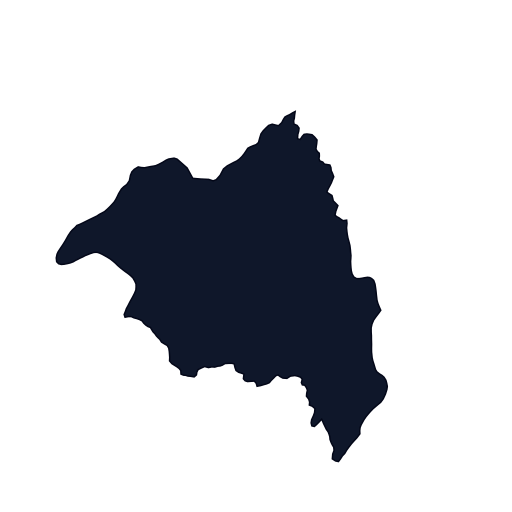 the district of Guapé, Minas Gerais, Brazil, rotated 27°
{"feature_id": "56859067B82067875224037", "entity_name": "Guapé", "entity_type": "district", "adm_level": 2, "iso_a3": "BRA", "parent_name": "Brazil", "parent_adm1": "Minas Gerais", "projection": "equal_earth", "projection_center": [-45.915, -20.744], "detail": "fine", "context": "isolated", "style": "filled", "palette": "ink", "viewbox_px": 512, "rotation_deg": 27, "n_neighbors": 0, "source": "geoboundaries", "source_scale": "gbopen_adm2", "svg_char_len": 4653}
<svg xmlns="http://www.w3.org/2000/svg" viewBox="0 0 512 512"><g transform="rotate(27 256 256)"><path d="M429.3,367.3L427.7,364.5L426.6,361.6L426.3,358.5L426.4,355.6L426.5,352.6L427.0,349.0L427.7,345.9L428.5,342.7L429.6,339.0L431.0,335.6L432.3,332.5L433.5,329.8L434.2,325.5L434.0,320.2L433.2,315.5L432.2,312.6L430.2,310.0L428.1,307.7L425.1,305.9L422.4,305.2L419.5,305.0L416.2,304.3L414.1,303.0L411.9,300.7L409.9,298.6L407.8,296.5L405.7,294.0L404.1,291.5L402.6,289.2L400.9,286.0L399.1,282.3L396.6,277.7L395.0,274.6L393.1,271.4L391.2,267.7L390.2,263.8L389.9,259.6L390.5,255.5L391.3,251.2L391.8,247.7L388.7,245.2L386.1,242.9L383.9,240.5L381.3,236.6L378.6,232.4L376.6,229.5L374.7,226.9L371.9,224.3L369.2,223.6L367.1,223.6L365.1,224.3L362.7,226.0L360.4,227.8L358.1,229.4L355.8,230.5L352.7,230.3L349.8,228.4L347.6,225.9L345.9,223.3L344.4,220.8L342.7,217.8L341.7,215.4L340.4,212.5L338.9,210.2L337.3,207.6L334.9,204.0L332.1,200.8L329.8,198.3L327.5,195.3L326.0,193.1L323.9,189.8L322.3,185.7L320.5,182.9L317.5,185.0L314.8,184.7L312.5,184.3L310.3,184.3L307.9,183.8L306.8,179.9L306.1,173.9L302.9,172.8L299.8,171.8L298.1,169.7L296.2,167.6L292.8,167.3L290.1,166.9L289.8,163.4L289.9,159.3L289.9,156.4L289.6,153.7L289.3,150.1L286.7,147.7L284.2,145.7L282.6,143.2L280.5,141.4L277.3,142.4L275.3,143.1L272.8,142.0L269.7,142.3L268.0,140.8L267.1,138.2L265.7,135.7L263.3,135.1L260.9,133.6L259.9,130.9L259.1,128.4L257.7,124.9L254.2,123.4L250.9,122.5L248.1,123.4L245.9,124.2L243.6,125.8L242.9,128.4L242.5,132.1L239.8,132.7L238.1,128.8L237.4,125.4L236.3,122.5L233.4,121.0L229.9,121.2L228.2,118.5L227.6,115.8L226.4,112.8L225.3,109.5L223.7,111.7L221.8,114.8L220.1,116.9L218.7,119.0L218.4,121.8L218.4,125.5L216.9,129.7L213.7,130.5L210.6,131.2L208.0,133.9L206.8,137.3L205.6,141.1L205.0,144.9L205.8,149.5L206.7,153.7L205.6,156.7L203.6,158.8L201.3,161.5L199.8,163.7L199.4,167.4L199.0,170.5L198.3,173.9L197.2,177.2L195.7,180.1L193.7,182.7L189.5,188.7L187.5,193.2L187.4,200.4L185.9,206.1L183.7,208.5L179.1,209.2L171.6,212.6L164.4,215.5L154.6,208.8L141.7,205.5L138.6,206.0L136.1,207.8L134.1,209.3L132.4,211.4L130.3,214.9L127.6,218.7L125.6,221.1L123.8,222.5L121.7,224.0L119.0,226.1L116.6,228.0L113.5,229.3L110.6,230.1L108.2,234.0L107.2,237.4L107.5,241.1L108.3,243.9L109.0,246.5L108.4,251.0L106.7,254.4L105.7,257.4L105.3,262.8L105.4,265.6L105.4,269.3L105.1,272.4L104.3,275.4L103.5,278.2L102.3,281.7L100.9,285.2L99.1,287.8L97.6,289.9L96.1,292.6L94.2,295.1L92.6,297.2L91.0,299.3L89.0,302.0L86.4,305.5L84.3,308.2L82.6,310.0L81.8,312.9L80.6,316.0L79.9,318.8L79.4,323.0L79.2,328.6L78.8,333.5L78.2,338.3L77.8,342.0L77.9,344.7L78.9,348.4L81.0,351.6L83.7,352.5L86.4,351.9L88.8,350.4L91.5,348.3L93.6,346.5L95.8,344.1L97.1,342.0L98.9,339.6L100.4,337.5L102.1,335.4L103.6,333.2L105.5,331.1L107.3,329.0L110.0,326.3L112.9,324.8L115.3,324.4L118.2,324.3L121.1,324.4L123.9,324.5L127.5,324.8L131.0,325.5L133.9,326.2L137.0,327.2L139.4,327.8L141.5,328.3L144.2,328.8L146.9,329.3L149.2,329.6L151.3,330.0L153.4,330.5L156.3,331.4L159.5,333.5L161.8,335.4L163.2,338.0L164.4,340.8L164.7,344.3L164.7,348.4L164.5,353.8L164.5,358.7L164.4,361.7L164.8,364.7L165.1,368.0L167.1,370.0L169.8,367.9L172.4,366.6L175.3,366.5L178.0,365.9L180.9,365.5L183.9,365.5L186.5,366.8L189.3,367.6L191.8,367.9L194.4,367.6L196.4,368.9L198.7,370.3L201.3,371.2L203.5,372.4L206.0,373.3L208.1,373.9L210.9,375.6L214.5,375.9L217.5,376.0L220.1,377.7L222.0,380.3L223.6,382.9L225.2,385.6L226.6,388.7L230.0,390.1L235.8,390.6L238.6,391.1L241.0,392.2L242.8,395.3L245.4,395.1L247.6,394.2L249.8,393.9L252.0,393.0L255.8,391.8L256.9,389.0L256.0,386.3L256.0,383.5L258.0,380.8L260.4,377.8L264.3,377.0L266.9,374.9L269.7,373.7L272.0,371.5L273.9,370.3L275.5,368.6L277.2,365.9L280.1,364.2L282.9,362.7L285.5,362.0L287.9,364.9L290.2,367.1L293.3,367.5L296.1,367.0L298.9,366.7L300.5,371.1L303.0,372.1L305.5,371.7L308.1,370.1L311.3,368.2L314.1,369.4L316.1,371.6L318.9,369.4L321.5,366.9L323.5,365.1L325.4,362.8L326.0,360.0L327.1,356.7L328.0,353.7L329.6,352.0L332.3,352.5L335.3,352.6L339.1,351.0L341.2,347.4L344.9,344.9L347.8,344.1L350.9,343.8L353.2,344.9L353.9,348.2L355.8,349.8L358.1,349.0L360.6,350.4L362.7,352.2L363.5,355.3L364.6,358.0L368.0,359.6L370.1,361.8L371.2,364.6L374.3,364.3L377.8,365.2L379.3,369.0L379.7,372.2L379.9,376.6L380.9,379.7L382.9,382.0L385.4,381.4L386.4,378.9L387.5,375.5L388.6,371.6L390.5,373.1L392.4,374.7L394.5,376.3L397.4,378.5L400.1,379.9L402.2,381.8L403.8,383.5L405.3,385.9L407.7,388.1L409.7,389.6L412.1,391.1L413.8,393.8L414.3,397.7L416.1,402.1L419.9,402.5L422.8,401.7L423.4,398.2L423.7,394.9L424.7,391.7L424.9,388.0L425.5,384.1L426.3,379.9L427.3,376.1L428.4,372.2L429.3,367.3Z" fill="#0f172a" stroke="#020617" stroke-width="1.5"/></g></svg>